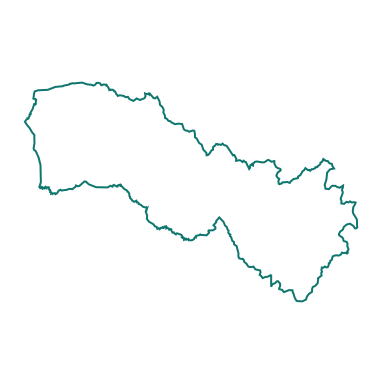 Tha Chang, Surat Thani, Thailand, rotated 177°
{"feature_id": "78962969B72176569689824", "entity_name": "Tha Chang", "entity_type": "district", "adm_level": 2, "iso_a3": "THA", "parent_name": "Thailand", "parent_adm1": "Surat Thani", "projection": "natural_earth1", "projection_center": [98.956, 9.358], "detail": "fine", "context": "isolated", "style": "outline", "palette": "teal", "viewbox_px": 384, "rotation_deg": 177, "n_neighbors": 0, "source": "geoboundaries", "source_scale": "gbopen_adm2", "svg_char_len": 6008}
<svg xmlns="http://www.w3.org/2000/svg" viewBox="0 0 384 384"><g transform="rotate(177 192 192)"><path d="M117.9,93.2L116.7,95.6L113.7,96.7L111.8,98.4L110.8,98.4L109.0,96.2L108.7,94.2L110.1,90.9L109.9,90.3L107.1,89.6L105.5,87.2L100.4,88.9L96.8,88.6L96.6,86.3L96.0,85.4L95.0,81.2L93.5,78.1L92.7,77.6L87.6,77.0L83.8,78.6L82.6,81.7L80.6,84.1L77.3,86.1L77.2,88.6L76.4,90.7L73.3,92.1L72.7,93.1L71.4,94.0L70.6,98.0L70.8,99.1L67.0,101.8L67.2,104.3L66.3,105.5L66.9,107.2L66.3,109.8L64.7,109.5L63.3,110.6L61.6,109.6L60.3,109.9L59.3,111.9L59.1,113.7L57.8,114.2L57.6,115.9L56.0,116.9L55.2,119.6L54.3,120.7L51.3,121.3L48.7,120.8L46.5,121.9L45.4,123.6L43.4,123.0L41.8,123.3L40.5,122.4L39.5,123.4L40.1,124.6L38.9,126.0L38.8,127.1L39.8,129.8L39.4,132.2L40.1,134.1L42.9,135.0L43.4,136.0L43.4,137.2L44.2,138.7L47.2,140.9L47.5,142.2L46.2,144.6L43.3,146.6L42.3,149.1L39.3,151.4L36.0,152.1L32.6,149.7L31.2,147.2L30.0,147.1L28.9,147.8L28.8,156.1L32.1,162.1L32.5,164.1L31.7,168.5L29.7,171.4L29.2,172.9L30.8,173.4L32.9,173.1L34.7,174.4L36.3,173.4L38.2,174.1L40.8,172.2L43.5,172.8L43.2,175.1L43.9,177.5L41.6,182.9L41.5,184.2L42.2,186.2L41.1,188.4L40.8,190.5L44.2,188.5L46.8,189.4L48.4,190.6L51.3,190.9L52.4,190.4L55.1,187.7L58.5,188.3L59.1,192.3L57.2,197.1L56.0,204.3L53.0,207.4L48.9,208.0L50.3,210.4L50.9,212.8L53.3,213.5L54.8,215.8L56.6,216.0L59.1,218.1L59.7,217.1L59.5,216.6L59.9,216.5L60.7,215.1L62.1,214.7L62.4,213.3L63.2,212.3L65.1,211.3L65.5,210.3L67.4,210.3L67.8,209.3L70.1,208.4L71.1,208.6L72.9,207.0L73.7,207.9L75.0,207.7L77.5,209.9L79.0,207.8L80.4,207.0L82.8,203.3L85.3,201.9L85.5,200.3L90.0,199.6L93.0,197.3L93.9,195.9L96.1,197.0L101.3,196.8L101.9,195.9L104.4,195.2L104.9,195.7L105.2,198.4L104.2,200.6L105.7,201.7L106.9,203.9L105.4,206.9L102.4,208.9L102.3,209.8L102.7,210.5L105.1,211.4L106.8,212.7L108.2,216.0L108.2,218.6L110.9,218.0L113.8,220.0L115.1,219.8L117.7,218.1L119.9,217.8L125.7,219.1L127.8,218.8L128.7,217.6L130.6,217.0L130.7,216.4L129.6,216.0L129.7,215.2L131.3,216.1L132.1,215.9L132.7,214.6L132.7,213.2L133.7,212.0L136.7,219.2L137.9,219.5L138.7,220.5L140.0,219.3L141.6,220.8L143.1,221.3L146.3,220.8L146.1,223.2L147.8,226.7L148.4,226.9L149.2,226.5L154.6,235.7L155.4,236.5L157.5,237.1L158.9,238.7L160.7,237.5L162.3,238.1L163.6,237.9L164.1,238.7L165.7,238.5L166.3,237.2L168.5,236.0L168.8,233.1L170.5,232.4L172.2,229.8L174.2,228.0L175.5,227.9L175.6,230.3L178.5,233.8L179.9,238.8L182.3,240.5L184.6,245.3L186.2,246.5L186.0,249.6L186.5,253.0L188.0,253.4L191.7,252.3L193.1,253.3L195.5,253.9L196.8,255.0L198.3,260.4L202.0,261.0L205.4,260.6L208.9,262.6L209.9,263.8L211.8,264.2L213.2,266.4L215.0,267.3L215.1,270.1L216.5,273.0L216.0,275.1L216.2,276.4L217.2,278.5L219.4,280.7L219.7,284.3L221.8,288.9L224.0,287.4L225.4,287.8L229.2,292.7L229.7,292.7L229.8,291.7L230.5,292.4L232.6,292.2L233.7,292.8L233.4,290.0L234.6,288.1L239.1,286.6L242.4,288.3L245.7,286.0L249.8,288.2L251.0,290.4L253.4,290.1L254.7,291.3L257.8,292.2L259.6,292.3L261.0,291.8L261.5,292.9L262.4,293.4L263.5,296.4L264.5,296.7L265.0,297.8L266.4,298.4L268.2,298.1L268.5,298.6L269.3,298.2L270.1,300.9L271.5,302.5L271.5,302.9L272.0,302.8L272.2,303.7L274.9,304.0L276.2,303.4L277.2,303.5L277.9,305.2L280.0,306.0L281.7,305.8L283.1,304.2L284.8,303.4L286.6,304.3L290.7,304.9L296.1,307.0L304.9,306.6L305.8,307.0L307.5,306.3L308.4,306.5L309.2,305.7L314.7,304.9L315.4,304.4L323.0,304.1L330.6,301.6L340.6,301.6L343.8,300.7L344.6,298.5L345.5,293.5L343.5,293.1L343.4,292.2L342.8,291.9L343.5,288.9L343.3,288.2L343.9,287.5L345.0,288.0L346.9,283.0L349.3,279.4L348.9,278.7L349.1,278.1L349.6,278.3L350.2,277.8L350.3,276.2L351.3,275.0L351.3,274.2L352.3,274.2L352.2,273.6L353.5,273.1L355.2,270.9L353.0,267.2L350.9,264.5L348.3,259.5L346.5,257.4L346.8,248.7L347.9,243.9L347.6,242.4L346.2,241.3L345.4,239.8L343.3,234.2L341.9,226.8L342.4,209.7L344.2,205.0L343.3,203.8L342.6,204.0L341.9,205.0L341.3,204.7L341.4,203.3L341.0,203.0L340.1,203.9L339.0,203.3L338.7,204.3L338.0,204.0L337.7,204.6L336.9,203.5L336.6,204.2L334.9,204.3L334.4,201.7L333.9,201.8L333.4,201.2L333.7,199.4L332.5,199.0L332.8,197.7L332.3,197.9L331.5,197.4L331.4,197.8L328.9,198.0L328.5,197.0L326.9,197.7L324.8,200.6L323.2,201.1L322.4,200.3L316.5,200.8L314.4,201.6L311.4,201.1L308.1,203.3L307.5,204.6L305.8,203.7L304.2,203.9L298.8,208.2L297.4,207.9L294.7,205.1L287.5,201.8L276.0,201.0L273.2,202.5L271.1,201.5L270.6,202.6L269.7,203.2L267.1,201.5L266.1,202.2L265.8,201.7L265.0,202.7L263.0,203.2L262.5,202.6L262.9,201.7L261.9,201.4L259.3,198.4L257.1,197.1L256.4,195.6L255.8,195.5L254.8,194.0L254.7,191.1L254.0,190.3L254.2,189.2L252.5,187.5L252.3,186.7L250.3,185.2L248.1,186.2L247.7,184.7L247.2,184.9L245.9,183.7L245.9,182.8L244.2,182.2L241.6,179.8L239.1,178.9L238.4,179.1L237.9,178.2L237.6,178.4L238.1,176.9L238.7,176.5L238.6,175.4L239.2,175.0L238.0,170.6L238.5,167.5L236.5,164.6L232.1,161.7L231.0,159.7L229.3,159.2L228.6,157.0L227.2,157.7L226.3,156.5L224.8,157.9L224.1,157.7L223.3,158.3L223.0,157.7L222.2,157.5L221.4,158.9L219.8,159.1L219.8,158.1L219.1,158.0L219.4,157.0L218.3,157.3L217.3,156.9L216.7,155.5L215.5,156.2L214.6,155.8L214.6,154.5L213.6,152.5L212.4,152.7L212.2,152.0L210.3,150.5L209.7,151.4L209.0,151.5L204.9,149.8L204.1,148.5L204.0,147.3L204.4,147.2L204.0,146.7L203.1,147.1L201.7,146.0L202.6,145.6L202.5,144.6L200.3,145.5L200.1,144.7L198.0,145.3L197.7,144.0L194.6,143.8L192.5,144.8L192.1,145.9L190.9,147.1L190.5,146.6L190.1,148.0L186.7,148.6L186.0,149.2L185.4,148.7L179.7,148.0L177.1,150.4L177.7,152.2L177.2,152.8L173.2,152.6L170.6,154.0L170.5,155.7L172.3,157.7L169.4,160.5L169.5,161.6L166.1,165.2L162.1,160.5L160.7,156.7L159.2,155.4L158.4,152.7L157.5,151.5L157.9,149.6L157.0,148.0L155.9,147.5L156.4,146.1L155.3,144.9L154.4,141.3L152.7,139.8L152.8,138.1L152.4,137.2L150.3,135.7L148.8,128.2L149.1,125.6L148.4,123.3L145.9,122.5L144.8,122.6L143.8,121.2L143.7,119.8L141.1,117.2L140.2,115.3L138.7,114.1L136.4,113.9L134.6,114.3L132.7,111.4L128.0,110.1L127.8,108.1L128.8,105.7L127.3,104.5L125.9,102.3L124.0,103.1L120.2,103.6L118.0,104.8L117.3,104.5L117.9,93.2Z" fill="none" stroke="#0f766e" stroke-width="2"/></g></svg>